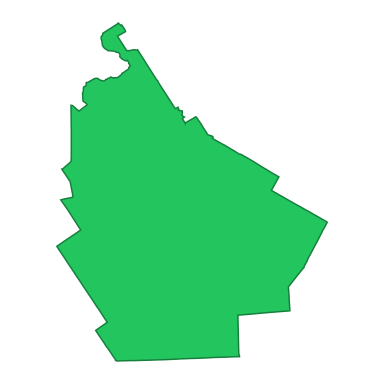 the district of Toporu, Giurgiu, Romania
{"feature_id": "2599482B93697882069712", "entity_name": "Toporu", "entity_type": "district", "adm_level": 2, "iso_a3": "ROU", "parent_name": "Romania", "parent_adm1": "Giurgiu", "projection": "albers", "projection_center": [25.652, 44.005], "detail": "fine", "context": "isolated", "style": "filled", "palette": "green", "viewbox_px": 384, "rotation_deg": 0, "n_neighbors": 0, "source": "geoboundaries", "source_scale": "gbopen_adm2", "svg_char_len": 5667}
<svg xmlns="http://www.w3.org/2000/svg" viewBox="0 0 384 384"><path d="M207.0,357.9L213.9,357.5L226.2,357.1L233.5,356.8L236.7,356.7L239.5,356.7L239.5,355.9L239.5,355.7L238.9,354.2L238.8,353.9L238.8,353.7L238.7,350.3L238.6,348.5L238.5,341.9L238.2,329.4L237.9,315.2L251.1,314.1L264.1,312.9L289.9,310.8L289.3,301.5L289.1,299.1L289.1,296.4L288.9,293.9L288.7,291.2L288.4,287.7L288.4,287.3L288.5,286.9L288.6,286.7L288.9,286.3L289.2,285.8L290.0,284.9L295.6,277.7L297.1,275.8L297.4,275.3L298.2,274.4L299.8,272.5L302.7,268.8L303.0,268.5L303.6,268.0L303.8,267.7L304.0,267.3L304.4,266.0L304.6,265.4L305.5,264.0L306.4,262.2L307.1,261.0L307.0,260.9L308.6,257.4L309.7,255.5L310.3,254.6L311.2,252.7L312.6,250.2L313.0,249.2L313.3,248.9L313.8,247.8L317.7,240.6L318.7,238.5L318.9,238.2L319.4,237.2L320.3,235.4L322.2,231.8L322.6,230.6L322.8,230.2L323.2,229.7L324.0,228.4L325.2,226.1L326.8,223.2L327.2,222.2L326.2,221.5L322.8,219.6L320.3,218.1L318.2,216.9L316.5,215.9L315.8,215.6L314.7,214.9L313.4,214.2L312.7,213.8L311.2,212.9L310.4,212.5L308.7,211.5L307.3,210.8L306.7,210.4L305.0,209.5L303.0,208.3L299.8,206.5L298.0,205.5L296.1,204.5L293.8,203.2L288.6,200.2L287.3,199.5L281.1,195.9L279.3,194.9L278.5,194.6L278.2,194.3L277.7,194.0L272.3,190.9L271.4,190.4L275.7,182.7L278.9,176.9L271.8,172.8L270.1,171.8L269.4,171.3L265.7,169.1L261.0,166.3L254.7,162.3L251.0,160.1L247.4,158.0L240.7,154.2L240.4,154.2L240.1,154.3L239.6,154.3L234.5,151.1L229.0,147.9L224.5,145.1L222.0,143.9L219.9,142.7L218.2,141.7L216.6,140.8L213.8,139.2L212.5,138.3L213.1,137.1L212.5,136.7L212.0,136.2L211.8,135.9L211.4,135.9L211.2,135.8L209.2,135.2L208.8,135.1L208.2,134.9L207.9,134.6L207.3,134.1L207.1,133.7L206.8,133.3L206.7,132.9L206.6,132.5L206.4,132.2L206.1,131.9L205.8,131.6L205.7,131.4L205.2,130.7L204.5,129.6L203.0,127.2L201.8,125.2L201.2,124.2L200.4,123.0L198.7,120.6L197.0,118.1L196.4,117.1L196.2,117.0L195.9,116.9L195.6,116.9L193.5,118.2L187.0,121.9L186.6,122.1L186.0,122.4L185.6,122.6L185.4,122.7L185.3,122.9L185.3,123.0L185.2,123.5L184.8,122.7L184.7,122.4L184.5,122.1L184.4,121.9L184.1,121.5L182.6,119.1L182.4,118.7L184.4,117.0L182.6,116.0L182.0,115.1L182.0,114.4L182.3,114.0L182.2,113.7L182.3,111.0L178.5,110.3L178.9,109.7L178.0,107.2L175.7,108.7L175.1,108.2L174.7,107.8L174.5,107.5L174.1,107.0L172.3,104.1L169.8,100.2L168.9,98.8L168.2,97.7L164.2,91.5L163.3,90.1L158.6,82.8L158.4,82.3L157.9,81.2L157.3,80.4L157.1,80.1L156.6,79.8L155.9,78.6L153.4,74.7L149.8,69.0L146.9,64.5L144.3,60.3L139.0,52.0L138.2,50.8L137.6,49.7L136.7,50.1L133.7,49.7L130.2,50.5L127.9,50.7L126.6,50.5L117.5,36.2L125.5,31.6L125.3,30.4L123.4,27.4L121.8,25.1L121.6,25.0L121.4,25.3L121.2,25.5L120.9,25.4L118.6,23.4L118.2,23.0L117.1,24.2L113.2,26.6L113.0,26.8L112.6,27.0L104.0,32.5L102.9,33.2L102.8,33.3L102.7,33.7L102.7,34.6L102.5,35.0L102.4,35.2L102.2,35.6L102.0,35.8L101.6,36.1L101.3,36.4L101.2,37.0L101.1,37.3L101.1,37.7L101.1,37.8L101.1,38.2L101.1,38.4L101.3,39.3L101.6,40.2L102.0,41.8L102.0,42.0L102.2,43.0L102.3,44.5L102.3,44.9L102.5,45.5L102.9,46.2L103.8,47.5L104.4,48.2L104.8,48.5L105.2,48.9L106.1,49.3L107.0,49.9L107.8,50.5L108.1,50.7L108.4,50.7L109.4,50.8L109.6,50.8L110.7,50.8L112.1,51.0L113.0,51.0L113.3,51.1L113.6,51.1L114.0,51.2L114.8,51.4L115.4,51.7L116.2,52.2L116.5,52.3L117.1,52.4L117.6,52.4L117.8,52.3L118.3,52.4L118.5,52.6L118.7,52.8L119.2,53.3L119.6,53.7L119.7,54.0L119.9,54.5L119.9,54.8L119.9,56.2L119.9,56.4L119.8,56.5L120.0,56.9L120.1,57.2L120.3,57.4L120.6,57.6L121.3,58.2L121.7,58.7L122.1,59.1L122.3,59.2L122.8,59.3L123.5,59.8L124.3,60.3L124.7,60.5L125.4,60.8L125.6,60.8L126.8,60.8L127.0,60.8L127.2,60.6L127.2,60.2L127.3,60.2L128.7,62.5L128.7,63.1L128.7,63.6L128.9,63.7L129.1,63.9L129.5,64.6L129.8,65.1L130.3,65.9L130.1,66.0L129.5,66.6L129.1,67.1L128.9,67.4L128.8,67.8L128.6,68.9L127.4,69.8L126.5,70.4L125.2,71.3L124.6,71.8L123.5,72.5L122.1,73.2L121.5,74.3L121.2,74.7L120.7,75.2L118.8,76.7L117.9,77.3L117.2,77.6L116.5,77.7L114.7,77.7L114.4,77.9L113.0,77.9L112.7,77.9L112.0,77.5L111.5,77.2L111.1,77.1L110.6,77.1L110.3,77.3L109.7,77.8L109.4,78.0L108.3,78.3L107.9,78.5L107.1,79.2L106.7,79.3L106.2,79.3L105.7,79.5L105.4,79.9L105.1,80.4L104.7,80.8L104.0,81.1L103.2,80.9L102.8,80.7L102.3,80.5L101.7,80.5L101.2,80.6L99.9,79.9L98.3,78.8L97.6,78.4L96.9,78.3L95.7,78.3L94.8,78.6L94.0,78.8L93.4,79.2L91.6,80.2L90.0,81.1L88.2,82.2L87.8,82.4L86.7,82.4L86.2,82.7L86.1,83.5L86.1,84.3L86.2,85.3L86.0,85.8L85.5,86.2L84.5,86.4L83.8,86.9L83.5,87.7L83.3,89.6L83.4,90.3L83.4,91.1L83.1,91.8L82.6,92.8L82.6,95.1L82.7,96.0L82.9,99.9L83.0,101.0L83.5,101.5L84.3,102.1L85.4,102.7L85.8,103.2L86.9,104.2L87.1,104.5L86.6,105.2L78.9,111.1L72.4,105.5L71.0,105.3L71.3,130.4L71.3,152.7L71.3,157.6L71.1,159.9L71.1,161.3L69.9,162.6L64.2,167.6L62.8,168.8L62.3,168.9L61.8,169.1L70.0,181.4L70.2,181.8L72.8,195.4L73.0,197.2L62.8,199.3L60.8,199.9L68.0,210.2L71.9,216.3L80.7,230.0L73.4,235.0L66.7,239.5L56.8,246.3L59.9,251.1L65.0,258.7L66.8,261.5L69.1,265.0L71.4,268.4L73.2,271.1L74.4,272.9L76.8,276.6L78.0,278.3L80.1,281.4L84.7,288.4L86.8,291.5L88.7,294.4L90.0,296.3L92.1,299.4L97.0,306.9L99.8,310.9L100.4,311.9L101.5,313.6L102.9,315.7L103.5,316.7L105.5,319.7L107.2,322.3L103.6,324.8L103.0,325.3L99.6,327.6L95.7,330.4L96.4,331.6L98.2,334.3L100.9,338.3L102.0,339.9L104.9,344.2L105.6,345.3L106.2,346.3L107.2,347.6L108.5,349.2L108.6,349.4L108.7,349.6L109.2,350.4L110.0,351.6L113.2,356.4L113.7,357.1L114.6,358.3L115.5,359.7L115.5,359.8L115.5,360.0L115.4,360.1L115.6,360.5L117.3,361.0L119.3,360.9L121.2,360.8L130.9,360.6L135.0,360.6L140.2,360.4L144.1,360.3L148.0,360.2L151.5,360.1L159.4,359.8L161.1,359.8L166.2,359.6L168.6,359.5L174.9,359.2L177.6,359.1L179.7,358.9L190.3,358.5L197.1,358.3L207.0,357.9Z" fill="#22c55e" stroke="#15803d" stroke-width="1.5"/></svg>